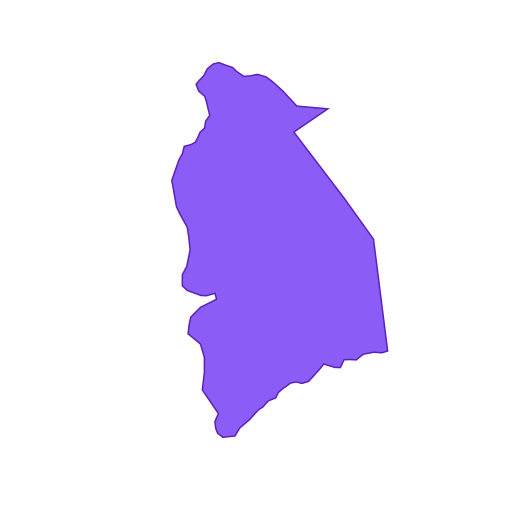 the district of Quixaba, Pernambuco, Brazil, rotated 312°
{"feature_id": "56859067B2724242969158", "entity_name": "Quixaba", "entity_type": "district", "adm_level": 2, "iso_a3": "BRA", "parent_name": "Brazil", "parent_adm1": "Pernambuco", "projection": "natural_earth1", "projection_center": [-37.864, -7.714], "detail": "fine", "context": "isolated", "style": "filled", "palette": "violet", "viewbox_px": 512, "rotation_deg": 312, "n_neighbors": 0, "source": "geoboundaries", "source_scale": "gbopen_adm2", "svg_char_len": 1230}
<svg xmlns="http://www.w3.org/2000/svg" viewBox="0 0 512 512"><g transform="rotate(312 256 256)"><path d="M99.1,352.7L108.2,360.8L117.3,359.0L129.9,360.7L143.3,360.7L148.2,362.1L156.6,362.1L163.8,365.6L169.6,363.9L176.1,364.8L184.9,366.8L189.3,370.2L192.1,375.4L198.1,379.0L209.1,379.0L216.2,379.0L221.0,378.6L226.0,389.2L229.6,393.4L237.8,390.8L242.0,395.2L245.9,400.0L254.8,401.4L263.4,408.0L268.3,414.3L273.5,417.4L347.1,332.1L358.0,282.6L373.4,201.2L413.4,210.9L394.7,186.0L396.6,165.4L396.6,151.6L395.9,143.8L392.0,135.6L385.8,131.0L381.4,126.8L380.2,118.4L380.4,112.5L377.5,105.8L374.9,99.0L370.0,95.7L362.6,94.6L354.5,96.6L348.7,96.3L343.5,96.6L340.2,103.2L340.4,111.0L337.4,116.1L333.2,122.1L329.6,127.5L322.4,128.4L316.7,132.2L310.6,131.6L304.6,133.6L300.0,134.8L295.0,133.0L289.5,129.3L282.9,132.8L275.6,134.5L255.9,142.8L239.4,163.9L236.3,171.2L231.3,185.8L225.2,193.2L216.5,202.9L201.9,211.5L192.8,213.8L184.5,221.2L184.4,228.1L189.9,241.6L193.4,245.8L200.8,250.5L197.5,255.6L180.8,249.1L166.9,248.4L160.8,251.9L152.7,257.6L153.4,273.6L146.2,285.4L135.1,295.4L120.6,305.7L117.9,316.6L116.4,322.9L113.7,333.5L105.2,336.4L100.9,341.5L98.6,346.1L99.1,352.7Z" fill="#8b5cf6" stroke="#5b21b6" stroke-width="1.5"/></g></svg>